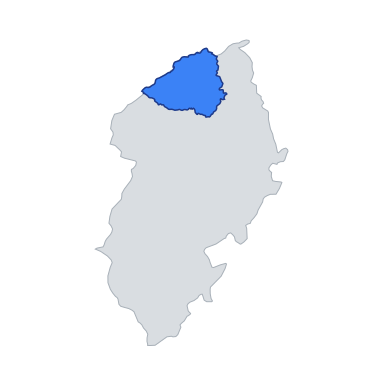 Plzeňský on a map of Czechia (Mercator projection), rotated 98°
{"feature_id": "CZE-10369", "entity_name": "Plzeňský", "entity_type": "Region", "adm_level": 1, "iso_a3": "CZE", "parent_name": "Czechia", "parent_adm1": "", "projection": "mercator", "projection_center": [13.338, 49.523], "detail": "fine", "context": "in_parent", "style": "filled", "palette": "blue", "viewbox_px": 384, "rotation_deg": 98, "n_neighbors": 0, "source": "natural_earth", "source_scale": "10m", "svg_char_len": 6623}
<svg xmlns="http://www.w3.org/2000/svg" viewBox="0 0 384 384"><g transform="rotate(98 192 192)"><path d="M350.1,214.6L348.9,214.7L346.2,215.8L342.7,216.2L339.0,216.0L336.1,217.9L333.4,221.1L330.5,223.2L329.0,225.2L328.1,227.2L318.6,232.8L317.3,235.2L316.2,238.4L315.7,242.7L315.1,246.6L313.4,248.7L308.3,250.4L307.0,251.4L306.0,253.3L303.1,256.4L299.7,259.3L293.5,262.6L286.8,263.6L278.1,262.5L273.0,261.2L270.5,262.6L267.1,266.9L263.5,274.3L262.0,279.8L260.8,278.3L258.7,272.4L256.3,271.6L253.1,271.1L250.7,270.2L245.4,266.8L242.8,265.8L239.7,265.5L236.7,267.5L234.5,269.9L227.6,269.9L220.0,268.8L209.1,261.0L206.3,260.9L203.2,261.2L198.5,259.4L189.3,254.3L185.0,253.1L182.2,253.9L179.7,255.0L178.0,255.1L176.9,253.5L173.5,251.4L170.1,251.2L169.1,252.4L167.9,263.6L166.8,267.6L162.0,267.4L160.4,269.3L156.6,274.6L155.9,279.8L149.5,278.8L146.4,277.9L143.7,278.6L140.7,281.4L132.4,281.3L125.8,279.6L123.0,273.2L120.0,270.7L116.2,268.4L114.8,267.9L112.7,264.4L108.7,260.1L102.3,254.2L97.3,254.5L95.4,252.9L94.6,250.7L92.5,246.9L90.2,244.3L87.3,243.3L83.2,239.9L77.7,232.6L72.7,227.6L67.9,227.7L64.8,225.0L61.7,221.5L59.4,218.2L55.8,210.0L53.2,205.3L51.2,202.4L48.9,199.9L48.1,198.0L50.8,193.6L51.9,191.5L53.1,189.8L53.8,188.0L53.7,186.7L51.2,182.3L47.8,179.2L42.7,176.0L39.5,172.0L38.3,168.3L37.9,166.2L35.7,163.5L33.9,159.4L34.0,157.0L34.4,156.3L36.1,156.3L37.9,158.0L40.6,161.2L42.7,165.8L44.1,164.1L46.6,159.1L51.0,153.5L55.5,150.3L59.5,150.0L62.9,149.1L65.6,147.5L70.4,148.2L73.9,149.3L75.1,148.6L76.5,145.7L77.4,143.1L85.1,141.7L87.8,136.8L89.3,136.8L91.0,136.1L92.6,134.2L94.2,133.4L95.4,134.4L97.1,135.0L98.8,133.8L101.3,128.2L102.7,127.3L109.5,126.4L118.7,123.1L123.4,120.2L128.0,118.6L133.0,115.7L140.8,112.9L141.2,111.8L137.5,108.9L136.3,107.1L135.5,105.2L136.8,103.2L138.5,102.6L140.7,103.4L147.3,104.6L149.1,105.8L149.7,108.7L151.4,111.4L152.8,111.7L152.3,116.1L154.4,117.8L157.4,119.2L159.4,118.9L160.9,117.1L161.5,115.9L165.5,115.7L169.6,113.8L169.9,110.8L169.7,105.1L170.1,104.3L176.3,105.9L182.5,108.5L183.4,114.1L185.0,116.9L187.0,119.4L188.9,120.5L192.1,120.7L200.6,124.0L204.6,124.7L208.8,127.0L212.3,129.4L214.9,129.9L216.0,132.4L217.6,134.2L220.4,132.8L230.5,130.9L234.1,133.5L236.6,136.1L236.9,137.0L235.7,139.4L235.0,141.2L234.0,142.4L230.5,143.7L228.6,145.8L227.1,148.0L228.1,150.2L230.9,151.9L232.9,152.2L233.7,153.8L240.1,160.9L245.2,170.2L247.2,171.6L249.1,172.0L251.3,170.6L253.8,167.6L256.7,165.4L259.2,164.3L263.7,161.8L263.8,160.1L260.2,153.8L258.0,148.7L258.5,147.8L263.3,148.6L271.3,151.4L283.6,160.5L285.8,160.5L290.2,159.8L294.8,158.3L297.1,156.6L297.9,157.2L298.6,162.2L297.4,164.9L291.8,167.6L292.1,168.9L293.5,170.6L296.1,171.7L299.2,174.9L301.3,178.6L303.1,180.3L305.2,181.1L310.3,179.2L311.7,177.6L312.4,176.5L313.4,176.8L315.1,178.6L315.7,179.6L320.7,181.7L323.5,184.2L325.3,185.4L327.4,184.2L335.2,186.2L337.4,187.9L338.1,190.7L337.7,192.3L338.9,196.7L348.9,207.2L349.9,212.5L350.1,214.6Z" fill="#d9dde1" stroke="#a8b0b8" stroke-width="1"/><path d="M52.4,191.7L52.7,190.5L53.8,188.5L54.2,187.4L54.3,186.0L56.5,186.4L57.0,186.4L57.3,186.2L58.6,184.9L58.8,184.8L59.1,184.7L60.5,185.3L61.3,185.4L62.0,185.2L63.6,183.4L63.9,183.3L67.6,183.3L68.6,184.4L68.8,184.5L69.1,184.5L70.3,183.6L70.6,183.5L70.8,183.6L72.1,184.2L72.8,184.4L73.1,184.3L73.3,184.0L73.9,180.9L74.1,180.6L74.4,180.4L78.7,178.0L79.7,176.9L80.2,176.6L80.4,176.5L83.7,177.2L85.4,179.1L86.0,179.3L86.6,179.3L86.8,179.2L87.0,179.0L87.1,178.7L86.5,176.5L86.5,176.1L86.5,175.7L86.8,175.3L89.5,174.7L89.7,174.2L89.4,173.4L89.3,173.0L89.2,172.5L89.3,172.1L89.4,171.7L89.7,171.4L90.2,171.2L90.7,171.7L91.2,172.4L91.5,172.7L91.9,172.9L94.0,173.4L94.6,173.4L95.6,172.7L96.2,174.2L96.2,174.5L96.2,174.9L96.1,175.3L95.9,175.6L95.7,176.2L95.7,176.5L95.9,176.7L96.1,176.8L96.4,176.8L96.6,176.8L97.1,176.7L98.1,176.2L98.3,176.1L98.6,176.1L99.2,176.3L100.0,176.5L100.8,176.9L103.0,179.1L103.5,179.4L104.3,179.5L104.9,179.4L105.6,179.3L106.0,179.2L106.4,179.3L107.3,179.5L107.8,179.8L108.2,180.0L109.4,181.4L109.8,181.7L110.0,181.8L111.6,182.3L111.9,182.5L112.1,182.7L112.1,183.0L112.2,183.4L114.7,184.6L115.1,185.1L115.3,185.4L115.2,185.7L115.2,186.0L115.2,186.3L115.3,186.7L115.8,188.2L115.8,188.6L115.8,188.8L115.7,188.9L115.6,189.0L115.4,189.1L115.2,189.1L114.7,189.2L114.5,189.3L114.4,189.6L114.4,189.9L114.4,190.5L114.4,190.8L114.3,191.1L114.3,191.3L113.7,192.8L113.7,193.0L113.7,193.3L113.8,193.7L113.9,194.0L113.9,194.4L113.4,196.0L113.3,196.3L113.3,196.8L113.4,197.0L113.5,197.1L113.9,197.2L114.3,197.4L114.4,197.7L114.4,197.9L114.2,198.2L113.1,199.5L112.7,199.9L112.4,200.0L111.0,200.4L110.4,200.6L109.9,201.0L109.3,201.5L109.1,201.9L108.9,202.2L109.1,202.5L109.8,203.1L109.9,203.4L109.8,203.6L109.4,203.8L109.2,204.1L109.8,204.5L109.9,204.9L109.8,205.1L109.6,205.3L109.4,205.5L109.4,205.8L109.5,206.3L109.7,206.6L109.9,206.8L110.1,206.8L110.4,206.9L110.7,207.2L111.1,207.7L111.3,208.0L111.4,208.4L111.3,210.2L111.4,211.0L111.5,211.4L111.7,211.7L112.1,212.3L112.4,212.8L112.5,213.3L112.5,213.7L112.4,214.4L112.2,215.0L112.0,215.5L112.0,216.1L112.7,217.6L113.3,219.9L113.4,220.6L113.3,220.9L113.0,222.3L112.9,223.4L113.0,224.3L113.3,225.5L113.3,226.2L113.3,226.6L113.1,227.1L112.2,228.6L111.8,229.5L111.5,230.4L111.3,230.9L111.1,231.2L110.9,231.4L110.1,231.9L109.9,232.1L109.7,232.4L109.6,232.7L109.6,232.9L109.9,233.6L109.9,234.0L109.9,234.3L109.7,234.5L109.4,234.9L109.2,235.2L109.2,235.5L109.3,235.7L109.5,236.0L110.1,236.7L110.3,237.2L110.3,237.4L110.0,237.7L109.7,237.8L109.2,238.1L108.7,238.6L107.5,240.9L107.1,241.5L106.9,241.7L106.7,241.7L106.1,241.6L105.7,241.8L105.2,242.3L104.6,243.9L104.4,244.9L104.4,245.7L104.5,246.1L104.5,246.5L104.5,247.1L104.4,247.5L104.2,247.9L103.2,248.9L102.1,250.6L101.1,252.8L101.1,253.5L100.8,253.4L100.2,253.7L99.7,254.5L99.2,255.7L98.1,255.2L96.7,254.1L95.3,252.9L94.6,251.8L94.6,249.8L94.1,248.5L92.1,246.5L90.7,244.6L90.1,244.1L89.2,243.7L86.3,243.6L85.0,242.8L84.2,241.6L83.6,240.2L79.2,234.2L78.7,233.9L77.2,232.1L76.9,231.4L76.9,230.7L76.6,230.1L75.8,229.8L74.5,228.4L73.8,227.9L73.0,227.4L71.2,226.9L70.6,227.1L70.8,228.1L69.9,228.2L67.1,227.8L66.2,227.4L65.5,226.7L63.9,223.2L63.0,222.2L60.8,221.2L59.9,220.5L59.4,219.4L59.1,218.2L59.0,215.9L58.9,214.7L58.6,214.4L58.1,214.4L57.6,214.3L57.1,213.8L56.7,213.2L56.4,212.6L56.1,211.7L55.9,210.9L55.7,209.2L55.4,208.5L54.9,207.9L53.8,207.3L53.3,206.7L53.5,206.0L53.2,205.8L53.0,205.7L53.4,204.8L53.4,203.8L53.0,203.1L52.4,202.7L50.8,202.0L50.1,201.5L49.4,200.9L48.4,199.5L48.0,198.6L47.7,197.8L48.3,196.7L50.2,195.9L51.0,195.1L51.1,193.9L51.1,192.4L51.4,191.4L52.4,191.7Z" fill="#3b82f6" stroke="#1e3a8a" stroke-width="1.5"/></g></svg>